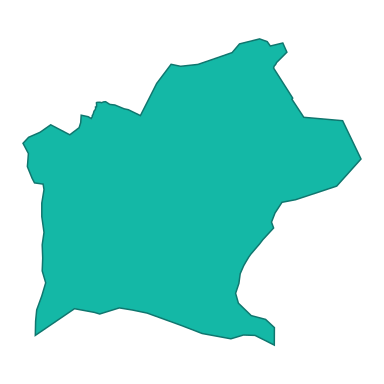 the district of Ayedire, Osun, Nigeria
{"feature_id": "59680162B61434523060701", "entity_name": "Ayedire", "entity_type": "district", "adm_level": 2, "iso_a3": "NGA", "parent_name": "Nigeria", "parent_adm1": "Osun", "projection": "orthographic", "projection_center": [4.222, 7.564], "detail": "fine", "context": "isolated", "style": "filled", "palette": "teal", "viewbox_px": 384, "rotation_deg": 0, "n_neighbors": 0, "source": "geoboundaries", "source_scale": "gbopen_adm2", "svg_char_len": 1317}
<svg xmlns="http://www.w3.org/2000/svg" viewBox="0 0 384 384"><path d="M274.3,345.1L274.4,327.6L265.6,319.4L251.2,315.6L238.4,303.2L235.6,293.3L238.9,283.4L240.2,273.7L243.7,265.7L245.8,262.0L248.8,257.0L250.7,254.3L259.6,243.9L262.8,239.7L273.6,228.0L271.5,222.1L275.0,213.0L282.0,202.3L295.6,199.7L336.7,186.1L361.0,159.0L342.6,120.7L303.8,117.3L291.9,99.2L292.7,98.1L273.6,68.1L274.1,66.2L275.6,64.5L276.6,62.5L286.9,52.2L282.8,43.0L270.3,46.0L267.2,41.6L259.6,38.9L239.5,43.9L232.1,52.6L198.0,64.4L180.6,66.3L171.1,64.3L156.7,83.4L149.9,96.9L140.4,115.6L128.3,109.7L124.1,108.8L114.9,105.0L109.8,104.4L105.6,101.7L103.6,101.9L101.5,102.7L100.2,102.3L98.6,102.3L96.9,102.4L96.4,102.8L96.6,104.7L96.5,106.8L95.5,107.0L95.6,108.4L95.3,109.5L94.0,111.2L93.6,112.6L93.0,114.6L92.3,115.4L92.3,116.6L91.2,118.5L88.2,116.7L81.2,115.2L80.7,122.6L79.1,127.7L69.8,134.8L50.7,124.8L40.0,132.3L28.6,137.3L23.0,143.3L28.4,153.5L27.7,162.9L27.4,166.0L27.4,166.7L32.1,178.3L34.5,182.9L43.1,184.1L44.0,189.6L41.8,203.1L41.8,216.6L44.0,232.4L42.2,244.8L42.7,258.2L42.2,270.9L45.7,282.8L41.8,295.9L36.7,309.9L35.6,321.2L35.3,335.4L74.5,308.7L94.4,312.4L99.7,314.0L119.3,307.9L132.3,310.0L147.2,313.1L181.7,325.6L202.1,333.5L230.9,338.8L243.5,335.0L255.0,335.4L274.3,345.1Z" fill="#14b8a6" stroke="#0f766e" stroke-width="1.5"/></svg>